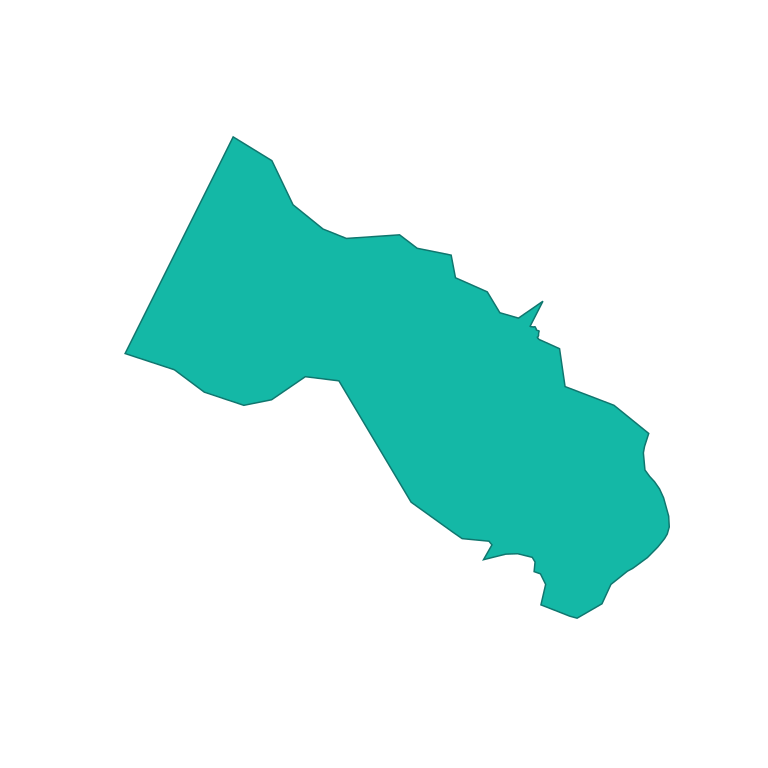 outline of Camden, New Jersey, United States of America, rotated 163°
{"feature_id": "52423323B11695261421482", "entity_name": "Camden", "entity_type": "district", "adm_level": 2, "iso_a3": "USA", "parent_name": "United States of America", "parent_adm1": "New Jersey", "projection": "robinson", "projection_center": [-75.037, 39.802], "detail": "fine", "context": "isolated", "style": "filled", "palette": "teal", "viewbox_px": 768, "rotation_deg": 163, "n_neighbors": 0, "source": "geoboundaries", "source_scale": "gbopen_adm2", "svg_char_len": 1263}
<svg xmlns="http://www.w3.org/2000/svg" viewBox="0 0 768 768"><g transform="rotate(163 384 384)"><path d="M145.3,259.3L170.3,296.4L211.6,328.6L205.8,366.4L221.2,380.0L221.7,380.1L221.8,380.5L222.9,381.5L223.3,382.6L223.6,382.8L223.3,383.8L223.5,384.0L222.9,384.2L222.0,385.2L221.7,386.3L221.0,388.0L220.4,388.7L220.3,389.5L222.2,390.8L222.5,391.4L222.3,391.9L222.7,394.2L222.9,394.6L224.2,394.9L224.5,394.7L225.1,395.2L226.1,395.6L227.0,396.0L227.4,396.5L207.8,416.7L236.2,407.7L252.4,418.3L258.3,441.9L284.6,464.7L282.1,487.6L312.6,504.1L325.5,522.1L377.4,534.2L397.0,550.0L418.6,582.0L425.9,630.3L456.0,664.4L477.4,641.8L547.3,568.2L622.7,488.8L580.3,458.9L558.2,428.7L524.3,404.6L496.1,401.8L457.1,414.0L426.2,400.2L392.6,263.0L361.2,221.8L354.5,213.3L329.6,203.0L327.8,198.6L340.2,186.9L317.3,185.7L305.8,182.6L292.9,174.9L291.6,169.6L295.3,160.7L289.9,156.7L288.0,145.1L298.5,126.9L274.3,107.7L267.8,103.6L239.8,110.1L225.6,126.0L206.0,133.8L205.6,133.9L200.0,135.0L183.7,140.7L183.0,140.9L169.9,148.0L164.4,151.7L160.8,154.2L157.0,157.7L153.0,163.9L152.4,166.3L150.4,174.4L149.9,193.5L150.2,195.6L151.2,203.1L153.7,210.9L153.8,211.3L157.0,218.0L159.6,225.5L156.1,242.3L153.1,248.1L145.3,259.3Z" fill="#14b8a6" stroke="#0f766e" stroke-width="1.5"/></g></svg>